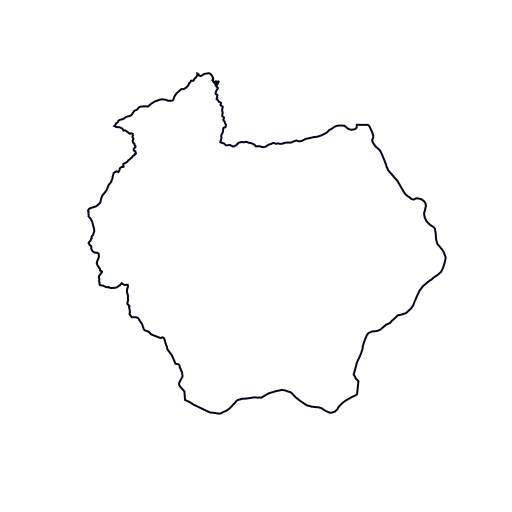 outline of La Cruz, Nariño, Colombia, rotated 21°
{"feature_id": "7082276B65589798073625", "entity_name": "La Cruz", "entity_type": "district", "adm_level": 2, "iso_a3": "COL", "parent_name": "Colombia", "parent_adm1": "Nariño", "projection": "orthographic", "projection_center": [-76.964, 1.581], "detail": "fine", "context": "isolated", "style": "outline", "palette": "ink", "viewbox_px": 512, "rotation_deg": 21, "n_neighbors": 0, "source": "geoboundaries", "source_scale": "gbopen_adm2", "svg_char_len": 6073}
<svg xmlns="http://www.w3.org/2000/svg" viewBox="0 0 512 512"><g transform="rotate(21 256 256)"><path d="M303.1,97.4L303.9,99.9L303.4,101.6L302.4,102.5L299.7,104.1L296.8,104.3L291.7,102.7L288.2,103.9L285.8,104.9L283.7,106.5L282.7,107.6L281.1,110.1L279.2,112.3L278.1,115.0L276.2,117.4L273.9,119.9L270.9,122.4L266.9,124.6L263.3,127.1L260.6,128.7L257.4,132.3L255.1,133.6L252.2,133.7L247.8,137.7L243.4,139.4L241.9,140.3L241.1,141.2L239.7,142.0L238.5,142.6L235.8,143.1L234.5,144.1L232.2,144.1L231.1,144.6L229.9,146.1L228.2,147.2L225.8,150.5L224.1,151.7L222.2,152.2L220.4,152.1L218.2,153.0L217.5,153.1L216.8,153.7L215.7,153.4L215.1,152.7L212.4,152.4L210.2,152.5L208.5,152.9L206.9,152.8L205.8,153.0L204.1,154.1L201.6,154.8L199.0,156.6L198.0,159.4L196.3,161.5L195.0,162.0L192.0,161.7L188.6,163.4L187.8,163.3L185.8,162.4L183.9,162.6L181.9,162.5L181.4,157.8L180.7,156.9L180.4,156.0L180.4,154.7L180.7,152.1L180.3,151.5L180.2,150.0L179.6,148.6L179.7,148.0L181.3,146.7L181.0,144.5L180.8,144.1L179.3,143.0L178.6,141.8L176.9,140.9L176.7,140.6L176.6,138.3L174.4,137.5L173.9,136.3L173.6,134.2L172.0,131.9L171.5,128.7L170.9,128.3L169.0,128.1L168.7,127.7L168.8,126.1L168.5,125.6L167.7,125.4L165.9,125.3L164.5,124.1L163.9,124.0L162.9,123.5L162.8,123.2L163.2,122.0L162.5,121.3L162.3,119.6L162.0,119.4L160.6,119.3L159.9,118.7L159.7,115.5L160.2,113.6L160.2,112.8L159.6,112.3L158.5,112.1L158.0,111.4L158.5,109.1L158.7,106.7L158.3,106.5L157.8,106.9L157.7,110.2L157.3,111.1L157.1,111.2L156.7,110.5L157.0,108.4L156.2,107.3L155.7,107.5L155.0,109.3L153.5,108.5L153.5,108.0L152.8,107.4L152.7,106.7L152.3,106.9L152.5,105.7L150.9,104.0L148.8,102.6L147.2,102.2L146.3,102.3L142.5,104.6L140.4,107.4L139.6,107.9L138.1,107.9L137.3,107.0L135.8,106.7L136.3,108.1L136.2,109.7L135.9,111.0L135.0,112.6L134.9,114.2L134.5,115.0L133.0,115.4L132.5,115.8L132.3,117.5L131.7,118.9L131.6,121.2L130.7,123.4L128.9,125.9L128.0,126.4L126.8,126.8L126.3,127.3L123.7,132.3L123.0,134.5L122.7,136.5L122.8,140.0L122.3,140.9L118.8,142.4L118.0,142.6L116.6,142.4L112.6,143.2L110.3,144.4L106.0,148.2L103.7,151.2L101.5,155.4L100.0,155.5L97.2,156.7L94.6,158.0L94.0,158.6L93.3,159.6L92.4,162.1L90.3,164.2L89.3,168.9L88.1,170.4L85.0,172.6L82.7,175.9L80.1,177.7L79.4,178.6L79.0,179.6L79.1,180.8L77.9,182.1L77.8,183.7L77.1,185.5L79.8,185.6L82.3,184.7L84.4,184.8L85.9,185.2L87.4,186.4L88.4,185.7L89.1,185.6L94.5,187.1L94.7,186.7L95.4,186.2L97.1,186.1L97.2,186.7L98.0,187.5L97.9,188.6L98.0,189.2L99.6,190.5L99.6,192.9L99.9,193.4L101.3,194.6L102.1,194.7L102.9,195.9L104.3,196.8L104.4,197.5L103.5,199.8L103.9,201.1L104.1,201.3L105.8,201.5L107.2,203.4L106.8,204.4L106.2,204.5L106.3,205.7L105.1,206.8L105.1,208.1L104.1,209.6L103.5,211.1L102.5,212.4L102.1,214.3L99.2,217.6L99.3,218.6L100.3,219.7L100.4,220.2L98.6,221.2L97.7,222.3L97.5,223.3L97.8,225.1L97.4,227.0L95.6,226.9L95.3,227.1L93.7,229.0L93.4,229.7L93.6,231.0L93.7,233.3L94.2,234.6L94.2,238.1L94.0,239.6L93.0,242.3L92.9,248.2L90.8,255.1L91.0,258.8L91.5,262.2L89.4,266.2L88.3,267.5L84.7,270.3L83.2,271.8L82.9,273.9L84.0,274.8L84.0,275.7L84.9,277.2L85.4,278.9L85.7,279.2L88.4,280.5L90.8,282.8L95.2,288.9L96.0,290.5L96.2,291.2L96.1,292.3L96.4,294.6L95.6,296.6L96.3,298.6L95.9,299.3L96.0,300.8L95.3,302.6L95.1,304.0L95.7,304.3L96.8,305.4L98.3,305.7L98.8,306.1L99.1,306.6L99.3,307.6L100.0,308.7L101.9,310.2L104.4,310.6L106.7,309.9L108.2,310.1L109.6,312.9L109.7,314.9L109.6,318.3L110.0,320.1L111.4,321.5L115.0,324.0L115.7,325.5L115.9,325.6L117.2,325.4L117.9,325.8L117.8,327.0L117.4,327.9L117.2,329.2L116.7,330.6L116.7,331.8L118.1,333.8L118.4,335.5L119.4,336.8L120.0,338.5L120.6,339.1L123.7,338.5L127.6,338.7L128.8,338.3L129.4,337.8L130.5,338.1L132.2,337.8L135.1,336.6L137.2,335.2L139.4,332.1L140.3,329.6L141.9,330.0L143.7,330.1L146.5,328.9L147.3,329.9L147.7,333.5L148.2,335.5L151.0,339.4L151.4,341.2L152.2,342.3L152.9,346.4L153.5,347.1L155.8,348.0L156.0,348.6L155.7,349.3L157.3,351.4L157.9,352.6L158.6,354.0L158.6,355.4L161.9,357.7L162.2,357.7L164.9,356.5L165.9,356.2L167.6,356.1L168.7,356.4L170.9,358.3L173.9,360.2L177.2,364.3L178.6,365.2L182.5,365.2L183.7,365.5L185.9,366.6L187.4,366.8L195.6,366.8L196.7,366.6L197.4,365.8L198.0,365.4L199.4,365.6L200.1,366.2L203.9,371.2L205.6,372.9L206.6,374.8L213.1,378.9L219.4,385.4L222.3,384.9L223.1,385.1L223.7,385.6L224.8,387.3L226.4,388.7L227.0,389.9L228.3,390.6L230.1,393.8L230.6,395.0L229.9,400.0L229.8,402.1L230.0,403.2L230.4,403.8L232.2,405.3L237.7,408.1L241.3,415.8L246.6,416.2L250.7,417.1L267.9,418.5L269.4,418.5L273.2,417.4L276.5,416.8L278.6,416.2L279.8,415.3L281.0,413.8L284.0,410.8L285.0,409.3L286.3,407.2L290.1,397.5L290.6,397.0L294.5,394.1L297.6,392.8L305.4,388.4L308.3,387.7L309.7,386.9L311.6,386.5L315.8,381.2L317.4,379.4L323.0,375.1L328.2,371.7L331.7,371.0L334.9,371.0L336.7,370.7L338.9,371.4L343.6,373.7L348.6,375.3L356.7,377.2L361.9,376.7L365.8,375.7L368.8,374.8L372.1,374.6L374.7,375.4L376.9,375.7L381.2,375.9L383.0,375.0L385.6,372.8L386.8,370.1L387.3,367.0L389.4,362.2L391.7,358.6L396.0,353.4L398.6,350.7L399.9,348.9L396.5,336.2L393.2,334.7L391.7,333.1L389.7,331.8L388.4,319.0L389.0,310.0L388.9,306.8L388.5,303.4L388.0,301.8L387.7,295.6L387.8,290.5L388.6,287.6L391.9,284.5L392.9,284.2L396.3,282.3L398.6,280.0L402.2,273.3L405.2,270.5L406.0,268.0L408.8,262.5L409.6,260.6L412.2,259.0L416.3,255.8L416.8,255.0L419.5,249.5L420.5,245.7L420.4,242.3L420.7,234.5L421.1,229.8L422.7,224.2L427.1,216.5L428.3,215.1L429.4,212.7L432.5,208.3L434.5,204.5L434.9,200.1L434.5,194.2L434.0,190.8L433.2,188.8L429.6,184.9L427.6,183.4L424.3,181.5L421.2,179.9L418.3,176.2L415.4,170.0L413.2,166.4L411.8,165.5L407.1,164.5L402.5,162.3L399.7,159.6L397.7,156.2L396.7,148.3L395.4,146.2L393.7,144.8L390.1,143.7L387.2,144.1L386.0,144.3L384.7,144.9L383.3,146.6L381.7,147.0L380.7,147.1L379.3,146.5L375.0,145.4L373.2,144.7L370.9,143.2L361.3,135.3L356.6,132.9L353.2,130.9L350.9,129.9L348.4,128.3L347.2,126.9L346.3,126.3L344.3,123.7L340.3,119.3L337.2,116.1L335.1,114.1L333.6,112.9L331.3,111.9L328.4,111.0L324.2,108.0L323.3,106.8L322.8,105.3L323.1,103.9L322.4,101.8L320.5,99.3L315.9,94.7L314.7,93.9L313.5,93.5L303.1,97.4Z" fill="none" stroke="#020617" stroke-width="2"/></g></svg>